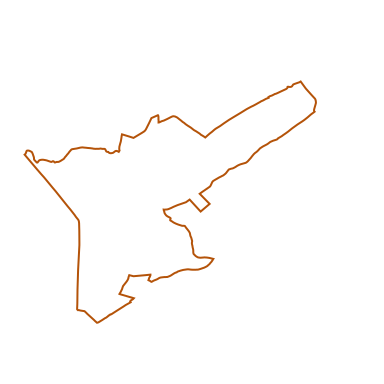 outline of Plopeni, Prahova, Romania, rotated 341°
{"feature_id": "2599482B12764649469915", "entity_name": "Plopeni", "entity_type": "district", "adm_level": 2, "iso_a3": "ROU", "parent_name": "Romania", "parent_adm1": "Prahova", "projection": "robinson", "projection_center": [25.96, 45.044], "detail": "fine", "context": "isolated", "style": "outline", "palette": "amber", "viewbox_px": 384, "rotation_deg": 341, "n_neighbors": 0, "source": "geoboundaries", "source_scale": "gbopen_adm2", "svg_char_len": 6028}
<svg xmlns="http://www.w3.org/2000/svg" viewBox="0 0 384 384"><g transform="rotate(341 192 192)"><path d="M334.0,156.0L333.8,155.6L333.9,154.7L334.4,153.6L337.0,149.9L338.2,148.1L338.5,147.0L338.7,146.1L338.8,144.6L338.6,143.7L336.5,138.9L333.3,131.3L330.7,122.9L329.3,123.2L324.5,123.2L322.8,123.3L322.6,123.4L321.9,123.9L321.0,124.6L320.6,124.7L319.9,124.8L319.3,124.7L318.1,124.3L317.1,123.7L316.6,123.7L316.4,124.2L316.2,124.5L315.6,124.9L315.1,125.1L314.4,125.3L309.5,125.8L305.9,126.2L303.8,126.4L302.9,126.4L302.2,126.3L301.8,126.4L299.1,126.8L296.7,126.8L295.1,127.2L295.1,127.9L292.3,128.0L288.9,128.6L287.5,128.7L286.6,128.8L285.5,129.1L284.2,129.3L281.0,129.9L277.9,130.4L275.9,130.6L272.1,131.2L270.4,131.5L263.8,133.0L255.3,134.8L252.6,135.4L250.7,135.8L244.7,137.4L240.0,138.8L237.2,139.4L234.9,139.9L233.2,140.5L230.5,141.6L227.8,142.5L224.6,143.8L223.5,144.3L222.3,144.8L221.9,144.3L221.6,143.8L220.0,141.8L219.3,141.1L218.7,140.1L218.2,139.2L217.4,138.2L215.7,136.0L214.0,134.1L211.9,130.8L211.2,129.9L210.8,129.5L210.6,129.1L209.8,128.2L208.4,126.3L207.8,125.4L207.2,124.3L206.6,123.5L206.1,122.9L205.6,122.1L205.1,121.2L202.2,116.7L200.8,115.3L200.4,115.0L199.3,114.4L198.7,114.2L197.3,114.2L196.6,114.3L194.5,114.6L192.4,114.9L189.5,115.2L188.6,115.3L186.7,115.2L185.6,115.3L183.9,115.5L183.4,115.5L183.0,115.4L183.2,114.8L183.8,113.2L183.8,112.8L184.2,111.6L184.3,111.4L184.8,109.8L184.9,109.1L184.9,108.5L184.8,108.3L177.7,108.9L175.3,111.4L173.2,113.5L169.1,117.5L168.5,118.0L167.7,118.6L166.3,119.2L163.8,119.8L154.3,121.8L153.9,121.5L150.4,118.9L144.6,114.7L143.9,115.8L142.9,117.8L141.1,121.1L140.9,121.4L140.1,122.5L139.3,123.7L138.1,125.5L137.3,127.4L137.0,128.7L137.0,129.2L135.8,130.2L134.9,129.2L134.5,128.9L134.1,128.6L133.5,128.4L132.8,128.4L132.1,128.6L130.4,129.2L129.6,129.2L128.7,129.1L127.6,128.8L127.2,128.6L126.5,128.1L126.3,127.8L126.0,127.2L125.9,126.9L125.6,126.8L125.0,126.5L124.3,125.9L124.1,125.3L124.0,124.5L123.9,123.6L123.7,123.1L123.4,122.8L123.0,122.6L121.2,122.0L120.7,121.7L119.6,121.1L118.3,120.9L117.3,120.6L114.6,119.7L113.0,119.0L112.2,118.5L110.0,117.4L108.2,116.6L107.5,116.3L106.5,115.8L104.5,114.9L102.8,114.1L101.0,113.7L98.0,113.4L97.1,113.3L93.7,112.7L92.6,112.5L92.2,112.6L91.8,112.6L91.4,112.8L90.2,113.5L88.8,114.3L87.6,115.2L86.1,116.0L85.4,116.5L84.6,117.0L83.3,117.7L81.8,118.8L81.1,119.1L80.4,119.2L78.0,119.8L75.9,120.1L75.2,120.0L73.7,119.5L72.8,119.5L72.3,119.5L72.0,119.5L71.7,119.2L71.2,118.1L70.8,117.8L70.6,117.6L70.4,117.6L69.7,117.7L69.3,117.8L68.9,117.8L68.7,117.7L68.3,117.5L65.0,114.9L63.7,114.1L61.7,113.0L60.9,112.7L59.5,112.4L58.4,112.3L57.8,112.4L57.2,112.7L56.0,113.5L55.6,113.8L55.3,113.8L55.0,113.7L54.7,113.3L53.3,110.1L53.3,109.7L53.5,108.9L53.7,108.3L53.8,107.4L53.8,104.1L53.7,103.0L53.6,102.2L52.8,101.2L52.1,100.5L51.4,99.9L50.9,99.6L50.1,99.3L49.3,99.2L48.7,99.6L47.7,101.0L46.7,101.9L45.9,102.2L53.0,120.5L55.2,126.0L56.9,130.0L61.7,142.8L63.3,146.9L69.8,165.1L71.3,169.0L73.6,175.7L74.1,177.6L74.7,179.3L75.4,181.2L75.5,182.1L75.5,182.8L75.1,184.7L72.9,191.7L71.2,196.8L68.6,204.5L68.1,205.9L58.9,228.7L52.0,246.9L50.1,252.2L47.2,260.3L45.4,264.9L45.2,265.6L45.7,266.6L46.5,266.8L48.0,267.8L51.6,269.7L52.7,271.8L53.3,273.1L57.8,281.3L58.1,282.0L59.6,284.7L60.6,284.8L61.5,284.7L65.5,283.8L68.6,283.0L70.1,282.8L73.0,281.8L73.0,281.7L74.8,281.2L74.9,281.4L76.1,281.3L81.4,280.0L90.2,277.9L92.4,277.3L98.1,276.3L97.9,275.3L98.7,274.7L100.5,274.3L101.3,274.1L102.4,273.5L90.4,265.0L90.2,264.8L91.9,263.4L94.3,261.0L95.2,259.7L96.3,258.4L96.8,258.1L101.0,255.4L102.2,254.5L103.4,253.3L103.8,252.8L104.1,252.1L105.6,250.2L109.3,252.6L120.6,255.4L125.8,256.6L125.7,257.0L125.4,257.4L124.8,258.1L124.4,258.6L123.8,259.0L123.4,259.5L122.1,261.2L123.2,262.2L124.3,263.7L125.4,263.7L126.4,263.4L127.5,263.3L130.2,263.2L132.0,262.9L132.7,262.7L134.2,262.6L135.8,262.9L138.0,263.4L140.9,264.3L142.1,264.3L143.9,264.2L145.1,264.0L145.9,263.8L148.7,263.1L149.5,263.0L150.1,262.9L151.3,263.0L151.5,262.9L152.5,262.6L153.0,262.6L155.5,262.6L158.2,262.8L162.0,263.5L163.6,264.0L165.6,265.0L167.8,265.9L171.2,267.0L172.3,267.3L172.9,267.4L175.3,267.5L176.7,267.5L178.9,267.5L180.6,267.3L182.3,267.0L182.8,266.8L183.6,266.4L185.0,265.9L185.3,265.7L186.2,265.1L187.4,264.5L188.8,263.5L190.4,262.2L187.0,260.0L184.7,258.8L182.5,257.9L179.7,257.2L178.6,256.9L177.7,256.5L176.4,255.8L175.7,255.1L174.6,253.7L173.9,252.2L173.4,251.3L173.4,250.8L173.4,250.2L173.6,249.4L174.3,247.2L174.4,246.5L174.6,244.4L174.9,242.9L174.9,242.3L175.1,240.9L175.2,240.4L175.5,239.7L176.1,238.6L176.2,238.4L176.2,238.2L176.3,236.6L176.4,235.0L176.4,234.5L176.3,234.2L176.2,233.0L176.6,230.1L176.5,229.4L176.3,228.3L175.5,225.9L174.6,223.4L174.4,222.5L174.2,221.9L173.7,221.5L173.3,221.3L172.2,220.9L171.6,220.7L168.5,218.4L166.4,216.6L165.0,215.2L164.3,214.4L163.7,213.5L163.0,212.7L162.2,211.7L162.4,211.1L162.7,210.7L163.0,210.3L163.2,209.9L163.0,209.4L162.8,209.1L162.4,208.7L162.0,208.2L161.4,207.6L160.8,207.0L160.5,206.5L160.0,205.8L159.8,205.2L159.4,204.0L159.2,202.8L159.2,202.4L159.4,201.9L159.4,201.2L159.3,200.4L159.4,199.9L159.5,199.4L160.1,199.7L161.7,200.1L162.8,200.4L164.3,200.5L165.7,200.4L167.3,200.3L169.6,200.0L172.6,199.8L174.0,199.7L183.0,199.7L187.3,198.4L193.8,213.3L204.8,209.0L198.7,196.2L201.5,195.3L209.4,193.1L211.0,192.6L211.3,192.3L212.0,191.7L214.5,189.1L215.8,188.4L222.3,187.1L224.7,186.8L225.1,186.7L226.9,186.5L228.1,186.1L229.5,185.6L230.3,185.2L233.5,183.1L234.2,182.7L235.1,182.7L236.4,182.7L237.8,182.9L238.8,182.9L241.3,182.5L242.7,182.1L244.3,181.8L245.4,181.7L246.8,181.6L252.3,181.9L253.2,181.7L254.6,181.2L257.1,179.8L258.6,179.0L260.2,177.9L262.8,176.3L264.4,175.6L266.1,175.1L267.7,174.4L270.5,172.9L272.8,172.3L274.1,172.0L278.2,171.4L279.8,171.0L282.1,170.2L282.9,170.1L285.4,169.9L288.4,170.0L289.9,169.9L290.7,169.3L295.1,168.4L296.6,167.9L299.9,167.0L302.5,166.2L307.2,164.5L313.8,162.5L319.4,161.1L321.8,160.4L325.5,159.1L329.7,157.4L333.2,156.3L334.0,156.0Z" fill="none" stroke="#b45309" stroke-width="2"/></g></svg>